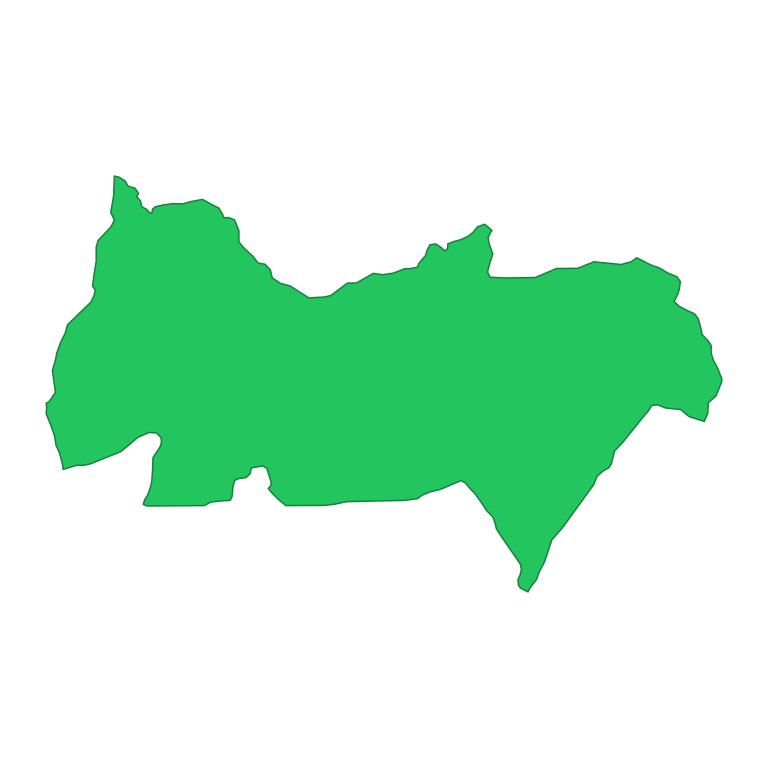 outline of Santa Rosa, Canelones, Uruguay
{"feature_id": "84410073B29555831228815", "entity_name": "Santa Rosa", "entity_type": "district", "adm_level": 2, "iso_a3": "URY", "parent_name": "Uruguay", "parent_adm1": "Canelones", "projection": "albers", "projection_center": [-56.067, -34.521], "detail": "fine", "context": "isolated", "style": "filled", "palette": "green", "viewbox_px": 768, "rotation_deg": 0, "n_neighbors": 0, "source": "geoboundaries", "source_scale": "gbopen_adm2", "svg_char_len": 2922}
<svg xmlns="http://www.w3.org/2000/svg" viewBox="0 0 768 768"><path d="M721.9,378.9L717.6,368.1L713.2,359.9L711.1,352.9L711.2,345.7L708.1,340.7L702.2,334.8L701.1,329.4L699.8,324.0L698.1,318.5L694.4,313.8L686.6,310.2L679.1,306.3L674.1,301.4L677.8,294.2L679.3,289.1L680.4,281.7L676.9,276.7L667.4,272.8L659.7,268.1L651.0,265.0L636.8,257.8L631.3,261.7L621.1,264.5L593.8,261.8L577.8,268.3L556.6,268.5L535.3,277.5L505.1,278.0L490.0,277.2L487.5,271.9L490.1,262.2L492.8,254.2L489.0,243.0L488.1,237.5L490.5,232.7L491.9,230.5L489.0,227.8L484.7,224.3L477.7,226.7L472.9,232.4L468.2,236.3L460.4,239.8L453.1,241.8L447.8,243.9L447.6,248.8L444.6,250.7L440.9,247.4L435.9,244.0L430.1,244.7L427.2,250.0L425.6,255.4L419.3,262.8L417.1,267.4L410.1,268.6L404.8,268.7L393.1,273.2L382.6,274.7L373.3,273.4L356.3,283.0L347.4,283.1L330.9,295.5L323.7,297.1L315.1,297.5L309.0,298.0L300.0,292.3L290.1,286.0L280.5,283.4L272.3,278.0L270.3,269.8L265.0,264.2L258.3,263.1L252.6,256.0L243.3,247.4L238.9,241.8L238.9,230.7L236.4,224.4L234.5,219.8L228.3,217.5L224.2,218.0L222.2,213.7L218.9,208.1L211.0,204.1L202.5,199.4L190.9,201.6L182.6,203.9L172.2,203.7L163.2,205.0L155.3,206.8L152.6,209.1L151.9,213.0L149.9,213.0L146.8,209.4L141.8,206.8L140.5,200.9L136.6,196.6L138.6,193.4L134.9,188.2L128.1,186.2L125.2,181.1L118.8,177.1L114.4,176.1L113.6,196.0L110.8,212.3L114.4,220.2L111.0,226.8L98.1,240.5L96.2,247.2L96.2,261.2L93.9,276.0L92.6,286.3L95.4,290.1L93.9,295.8L90.9,302.1L67.5,324.8L65.3,333.0L60.6,342.4L56.8,353.1L55.3,360.5L52.4,370.6L54.0,381.8L55.4,392.3L52.6,396.7L48.8,401.8L46.1,403.4L46.7,407.1L46.2,413.9L50.7,424.9L54.4,435.4L56.1,445.5L59.5,452.9L62.4,463.9L63.2,469.4L76.6,465.3L83.5,465.3L90.4,463.9L105.1,457.9L120.7,451.7L128.3,445.5L137.8,437.4L149.1,432.5L156.5,433.0L161.0,437.6L161.5,441.8L160.4,446.2L157.3,451.1L153.0,457.6L152.7,467.6L151.8,480.9L151.0,485.3L148.1,494.2L144.5,500.2L143.3,504.4L147.1,506.0L204.4,505.6L210.6,502.2L215.4,501.5L224.2,500.7L230.2,500.4L232.0,496.9L232.6,491.4L232.7,488.0L234.6,480.5L239.0,478.5L245.8,477.7L250.1,473.8L251.3,467.9L262.7,465.9L266.8,468.3L268.2,472.8L269.3,476.5L271.0,481.5L271.0,485.4L268.3,488.4L270.5,491.4L278.2,499.3L285.8,505.6L324.5,505.4L335.1,504.1L346.6,501.7L375.3,501.0L404.9,500.4L417.6,498.6L422.4,495.0L430.4,491.8L441.0,489.2L451.8,484.5L461.2,480.6L465.6,483.2L469.9,488.4L474.9,493.5L480.8,501.8L486.7,510.7L492.9,517.0L495.1,523.2L496.4,528.9L500.8,535.7L514.3,555.3L520.4,564.2L521.4,569.7L520.0,575.1L518.0,579.8L518.5,585.2L520.3,588.0L528.0,591.9L529.6,588.7L532.6,584.5L536.5,579.6L539.3,571.9L544.5,561.9L547.6,552.8L551.8,539.9L562.2,528.1L593.6,484.8L597.2,476.2L603.3,470.8L609.0,467.7L611.5,463.5L612.9,457.7L614.5,451.0L622.8,442.3L642.7,417.6L648.0,411.4L651.8,405.4L657.6,404.8L665.5,408.0L680.6,409.5L689.1,416.6L704.3,421.4L707.7,413.3L708.4,402.6L715.8,396.1L719.3,387.9L721.5,382.5L721.9,378.9Z" fill="#22c55e" stroke="#15803d" stroke-width="1.5"/></svg>